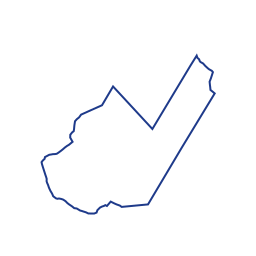 Barbalha, Ceará, Brazil, rotated 211°
{"feature_id": "56859067B21171422710441", "entity_name": "Barbalha", "entity_type": "district", "adm_level": 2, "iso_a3": "BRA", "parent_name": "Brazil", "parent_adm1": "Ceará", "projection": "natural_earth1", "projection_center": [-39.309, -7.437], "detail": "fine", "context": "isolated", "style": "outline", "palette": "blue", "viewbox_px": 256, "rotation_deg": 211, "n_neighbors": 0, "source": "geoboundaries", "source_scale": "gbopen_adm2", "svg_char_len": 1355}
<svg xmlns="http://www.w3.org/2000/svg" viewBox="0 0 256 256"><g transform="rotate(211 128 128)"><path d="M159.9,33.0L158.6,32.2L157.0,31.0L155.2,30.8L153.5,30.6L152.0,31.0L150.9,32.0L149.0,32.7L147.0,33.2L145.6,33.2L143.8,33.1L141.6,32.5L139.5,32.2L137.5,32.1L135.6,32.0L132.8,31.6L130.5,32.6L128.3,32.6L126.5,32.6L124.8,33.1L123.4,33.4L121.8,33.8L120.4,34.1L118.0,34.3L115.4,35.8L112.9,37.3L111.4,39.3L111.9,41.8L111.0,45.4L109.8,47.3L108.5,48.8L107.7,50.2L105.9,50.3L104.9,56.0L101.0,56.3L98.5,56.6L95.1,57.3L92.8,57.1L71.5,72.8L71.6,97.8L71.8,138.7L71.5,202.3L74.0,202.7L76.9,203.1L78.6,205.4L79.8,206.9L81.9,209.7L82.5,213.2L84.0,219.6L85.6,220.2L88.8,220.1L90.3,220.3L92.2,220.7L93.7,221.0L96.9,222.0L99.9,221.9L101.3,222.5L102.4,223.5L104.6,223.9L106.4,225.4L106.6,213.9L106.6,201.2L106.6,157.9L106.6,139.7L124.4,144.9L162.2,155.9L162.0,134.1L168.8,124.4L175.1,115.3L175.4,111.9L176.4,109.2L176.9,106.5L175.3,102.6L173.6,99.1L172.9,97.3L173.6,95.5L174.0,92.5L172.6,90.0L168.4,87.6L170.0,83.1L171.0,81.3L172.0,78.9L172.9,76.1L173.8,73.7L174.8,71.3L175.8,69.2L177.2,68.0L178.8,67.0L179.9,66.0L181.7,64.5L184.2,60.3L183.6,58.6L184.3,56.2L184.5,54.2L183.1,52.7L181.1,50.9L178.7,48.8L174.7,45.3L172.9,43.8L171.5,42.5L170.4,40.5L169.2,39.4L167.2,38.0L165.1,36.2L163.5,35.1L162.0,34.1L159.9,33.0Z" fill="none" stroke="#1e3a8a" stroke-width="2"/></g></svg>